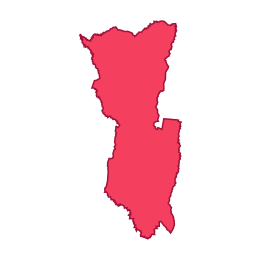 outline of Khlong Hat, Sa Kaeo, Thailand, rotated 4°
{"feature_id": "78962969B65728256000348", "entity_name": "Khlong Hat", "entity_type": "district", "adm_level": 2, "iso_a3": "THA", "parent_name": "Thailand", "parent_adm1": "Sa Kaeo", "projection": "natural_earth1", "projection_center": [102.263, 13.466], "detail": "fine", "context": "isolated", "style": "filled", "palette": "rose", "viewbox_px": 256, "rotation_deg": 4, "n_neighbors": 0, "source": "geoboundaries", "source_scale": "gbopen_adm2", "svg_char_len": 5794}
<svg xmlns="http://www.w3.org/2000/svg" viewBox="0 0 256 256"><g transform="rotate(4 128 128)"><path d="M168.2,20.6L164.9,21.1L164.0,21.7L164.1,22.4L162.9,22.6L160.7,22.4L157.0,19.3L156.4,19.5L155.6,18.9L152.6,19.2L151.9,19.9L150.2,20.3L149.4,19.6L149.2,20.3L146.6,19.7L146.6,21.5L144.2,23.2L143.0,22.3L142.6,22.7L142.8,25.1L142.1,25.4L141.2,24.7L140.8,27.0L139.2,27.0L139.0,28.0L137.6,27.5L137.4,28.5L136.8,28.6L134.9,31.4L132.1,31.7L131.3,33.2L130.1,34.0L129.6,35.2L128.3,36.2L127.9,35.4L126.2,34.8L125.9,33.4L125.3,32.9L121.0,31.6L118.3,32.0L112.9,30.7L111.3,31.0L108.8,28.1L108.5,28.5L106.2,28.6L105.1,29.9L103.8,30.2L102.4,32.2L99.7,33.0L98.7,34.5L97.2,34.3L96.7,35.3L96.2,35.2L96.3,35.8L95.4,36.0L95.2,37.0L94.7,36.7L94.8,37.1L94.3,37.1L94.4,37.5L92.7,37.1L92.4,37.5L92.2,36.9L91.2,37.3L90.6,36.5L89.9,37.4L88.6,37.1L88.5,36.6L87.2,37.3L86.5,38.5L86.7,39.1L86.2,39.3L86.6,39.9L86.2,40.0L86.5,40.3L85.8,40.7L85.9,41.2L85.2,41.1L85.3,41.9L84.7,42.3L84.8,43.4L84.3,44.0L83.3,43.3L81.8,43.3L81.6,42.8L80.8,43.0L80.6,42.2L79.7,42.0L79.8,41.4L78.7,41.2L77.8,40.3L76.0,40.8L76.2,40.0L75.6,40.1L74.9,39.5L75.0,39.0L74.0,38.1L73.5,38.6L74.0,39.1L73.9,39.8L74.6,40.2L74.5,42.3L75.1,42.2L75.5,43.0L76.0,42.3L76.6,42.9L76.3,45.9L77.6,47.0L77.7,47.7L78.6,47.7L78.2,48.2L78.5,49.4L79.0,48.6L80.1,49.2L79.9,50.3L82.2,49.6L82.7,51.1L83.2,50.8L84.3,52.6L85.5,52.9L85.9,53.9L85.5,54.7L85.8,55.5L86.3,55.2L86.4,56.1L87.0,55.9L87.1,56.6L87.7,56.5L87.3,57.3L88.1,57.4L87.7,58.1L88.1,58.7L87.8,58.8L87.9,59.4L87.2,59.9L87.6,60.2L86.9,61.7L88.2,62.8L87.8,64.2L89.1,65.6L88.6,66.3L89.0,66.7L90.6,66.8L91.4,68.5L91.4,69.5L92.3,70.6L93.7,71.0L94.0,72.5L94.5,72.6L94.3,73.5L94.9,74.4L94.6,75.0L95.7,76.8L96.3,80.5L93.2,82.6L91.2,83.1L89.2,90.6L90.9,90.4L91.9,91.1L92.8,91.1L92.5,91.8L94.3,92.4L94.2,93.1L94.7,93.1L94.6,93.7L93.4,94.5L94.3,95.5L94.2,97.8L94.7,99.0L96.1,98.6L96.3,99.8L96.8,99.3L96.8,99.9L97.8,100.1L98.1,101.4L99.8,103.1L99.4,104.1L100.3,104.6L100.2,105.9L100.9,108.5L101.9,109.5L102.1,110.6L100.9,112.1L101.2,113.3L101.5,113.3L102.2,115.0L103.0,114.9L102.9,115.6L104.3,116.4L104.5,117.5L105.8,117.8L106.6,117.4L107.1,118.9L108.2,117.9L109.8,117.5L110.0,118.9L111.9,119.4L112.4,120.5L114.1,120.1L115.5,121.1L115.5,121.6L116.2,121.8L116.5,122.7L116.9,122.2L117.6,123.7L117.1,124.2L119.2,125.1L119.5,126.0L117.9,128.2L116.3,127.1L115.8,127.5L116.0,128.9L115.6,132.1L116.8,133.8L116.1,134.7L116.6,136.4L115.9,137.7L115.7,143.1L116.8,145.6L115.6,147.8L116.8,149.6L116.7,150.1L115.7,150.5L114.8,154.5L115.4,157.8L114.2,159.6L111.3,159.7L110.2,163.6L110.3,167.8L111.0,168.3L110.8,170.4L111.3,172.3L111.3,182.2L110.4,188.3L109.2,189.4L109.2,191.7L109.6,192.2L109.2,193.7L110.9,193.4L112.6,195.4L112.2,196.5L113.2,197.2L113.3,198.2L115.3,197.9L116.2,200.7L117.4,200.5L118.2,201.0L118.6,200.6L118.8,202.0L120.1,201.8L119.8,202.8L120.2,203.6L121.6,203.7L121.2,205.1L121.9,205.0L122.9,205.7L123.6,205.3L123.8,206.3L124.3,205.7L124.7,206.1L125.4,205.4L125.1,204.7L125.8,204.5L126.3,205.3L127.0,204.9L129.5,206.1L130.1,208.2L131.4,207.5L132.6,207.7L132.2,208.4L133.7,210.5L134.4,209.5L135.1,209.5L135.1,210.1L136.1,210.4L135.9,212.4L136.5,212.5L136.9,213.5L136.7,214.2L135.3,214.0L134.6,214.9L136.1,215.6L135.9,218.4L139.9,218.1L139.3,220.0L140.0,221.8L140.4,221.4L140.8,222.1L140.5,223.3L142.4,224.4L141.4,225.3L141.1,226.8L143.3,226.7L143.7,227.5L142.8,228.6L143.6,230.0L143.8,229.3L144.7,228.8L145.8,228.9L147.1,230.0L147.8,229.8L147.9,230.9L148.8,231.5L147.9,233.7L148.2,235.1L148.7,235.4L149.7,234.9L150.8,235.8L151.7,235.0L152.2,236.0L152.9,235.9L153.7,236.6L154.5,236.2L154.6,236.8L155.3,237.1L156.2,236.7L156.3,236.1L157.8,235.7L157.8,234.8L158.6,234.3L158.5,233.8L159.3,232.4L162.0,232.4L161.7,231.7L161.8,229.0L161.3,228.9L161.0,227.5L162.3,226.4L164.2,226.2L162.9,224.2L166.0,223.9L165.8,219.2L166.9,218.9L168.1,219.6L170.3,222.4L173.0,224.6L174.0,226.6L176.2,227.8L177.8,229.8L180.0,225.4L181.0,221.4L180.4,216.8L179.8,216.0L179.8,214.3L178.2,211.2L176.8,210.0L177.1,208.4L176.3,207.1L176.9,204.2L175.6,203.1L175.1,201.8L173.5,200.7L173.5,199.9L174.4,197.5L174.2,194.5L175.3,192.9L175.4,189.5L176.3,188.5L176.1,186.7L176.8,185.6L176.4,185.2L177.2,183.3L178.8,181.8L178.5,180.4L179.4,179.8L179.4,178.9L178.6,177.9L178.5,175.1L179.2,174.2L179.2,173.1L179.6,173.1L179.5,171.0L180.0,170.6L179.7,169.4L180.4,169.5L181.1,168.7L181.4,167.4L181.1,166.1L181.6,164.8L180.6,162.8L181.5,162.2L181.0,161.6L181.5,158.9L181.0,157.0L182.3,155.3L182.2,154.6L181.5,154.0L182.5,152.7L182.2,151.5L181.4,151.5L182.0,149.6L180.6,148.8L180.3,147.8L180.7,147.1L180.1,146.2L180.5,145.4L180.2,144.6L181.4,142.2L180.7,141.1L180.4,139.6L179.6,139.8L178.7,139.3L179.7,138.2L178.9,136.8L179.7,136.3L179.0,135.6L179.0,133.7L179.5,132.6L178.8,130.8L179.5,125.7L180.3,124.7L179.8,123.7L180.3,122.8L179.4,122.6L180.2,121.3L179.7,119.8L180.6,118.5L177.6,118.0L177.9,116.7L176.2,116.5L163.1,116.3L162.0,127.0L157.9,125.5L157.1,127.5L156.3,127.2L155.2,126.4L155.5,125.3L153.7,124.0L153.4,123.2L153.7,121.0L155.0,119.8L157.8,119.1L157.0,117.8L158.0,113.3L156.4,111.0L156.2,108.0L154.1,104.8L155.3,102.6L155.8,99.9L155.1,98.9L155.2,97.0L154.7,96.7L155.2,94.9L155.9,94.5L155.7,92.8L156.7,91.5L156.7,90.0L157.9,89.7L158.2,88.7L159.9,88.9L161.1,87.7L160.5,80.7L161.9,77.1L161.6,69.8L164.0,65.1L164.1,63.6L163.2,63.0L161.3,59.8L161.2,58.3L159.9,57.4L160.3,56.0L161.7,55.3L162.1,54.3L163.8,53.5L164.0,52.0L164.7,51.0L163.5,49.2L164.2,47.2L165.6,46.6L165.8,45.8L165.4,45.6L166.2,43.8L165.2,42.1L165.7,41.3L165.5,40.7L166.7,38.9L167.2,39.1L167.4,36.8L168.2,36.4L167.9,33.7L168.5,33.3L168.5,32.9L169.1,32.8L168.3,30.3L169.3,28.5L168.7,28.1L168.6,27.5L169.0,27.4L168.7,26.6L169.3,26.6L168.5,25.5L168.9,25.3L168.5,24.0L168.9,23.8L167.9,23.2L168.6,22.9L168.6,22.4L168.9,22.6L168.2,20.6Z" fill="#f43f5e" stroke="#9f1239" stroke-width="1.5"/></g></svg>